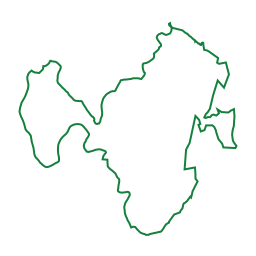 Pungarabato, Guerrero, Mexico, rotated 2°
{"feature_id": "50627088B37947281282101", "entity_name": "Pungarabato", "entity_type": "district", "adm_level": 2, "iso_a3": "MEX", "parent_name": "Mexico", "parent_adm1": "Guerrero", "projection": "natural_earth1", "projection_center": [-100.628, 18.344], "detail": "fine", "context": "isolated", "style": "outline", "palette": "green", "viewbox_px": 256, "rotation_deg": 2, "n_neighbors": 0, "source": "geoboundaries", "source_scale": "gbopen_adm2", "svg_char_len": 5755}
<svg xmlns="http://www.w3.org/2000/svg" viewBox="0 0 256 256"><g transform="rotate(2 128 128)"><path d="M172.3,221.1L172.3,220.1L177.1,212.9L182.9,210.5L183.3,209.1L185.3,206.2L185.9,202.6L186.1,202.3L186.4,201.4L187.8,200.6L189.6,198.9L192.7,194.4L193.5,195.2L194.4,191.0L194.7,189.1L199.4,178.9L197.2,176.3L197.0,171.4L196.3,165.1L186.0,167.4L186.8,147.6L190.1,140.8L195.0,113.6L198.8,117.4L200.1,121.5L198.3,122.4L200.9,128.9L204.5,127.4L206.0,122.7L212.2,122.4L214.2,124.0L215.8,127.1L216.3,129.1L218.8,136.0L220.5,137.9L222.6,140.3L224.0,144.1L236.0,144.3L237.0,142.2L234.3,138.7L233.9,138.1L233.4,137.0L233.1,136.1L232.3,131.1L232.6,126.9L233.7,122.2L234.0,112.5L233.2,105.4L229.6,107.4L228.4,108.6L227.4,109.0L221.0,108.8L216.8,106.3L218.4,110.1L215.8,112.5L213.1,111.6L211.3,112.2L209.7,114.3L207.4,114.3L205.4,115.3L203.9,114.8L205.3,111.4L207.1,109.5L209.2,105.9L212.0,92.0L216.0,77.4L222.5,84.3L227.0,70.9L223.5,59.1L216.7,60.7L214.8,59.6L215.6,54.9L206.6,49.0L205.5,48.3L204.2,47.7L203.4,47.6L201.4,47.2L200.4,42.4L200.3,41.7L200.4,40.6L200.0,40.1L199.5,40.1L198.9,40.3L198.3,41.5L198.3,42.1L198.1,42.5L197.8,42.5L196.9,42.0L196.4,41.2L195.2,41.1L194.9,40.9L194.7,40.5L193.4,39.4L193.0,39.3L193.0,39.2L192.5,38.7L192.5,38.9L192.1,39.3L191.8,38.1L190.3,37.1L187.7,34.8L186.0,33.7L184.0,31.7L183.4,31.6L181.7,30.6L179.0,28.5L168.6,26.3L166.6,23.4L166.4,21.8L165.3,22.4L165.5,23.6L165.8,24.1L166.4,24.6L167.5,25.5L168.0,26.2L168.1,27.1L168.0,29.3L167.2,31.2L166.8,31.9L166.4,32.2L165.7,32.5L164.0,33.3L162.9,33.6L162.0,33.5L160.6,32.8L159.6,32.3L158.7,32.0L158.2,32.0L157.8,32.1L157.2,32.6L155.5,33.3L154.7,34.0L154.2,34.7L153.7,35.7L153.6,36.7L154.0,37.6L154.7,39.0L155.7,40.2L156.6,41.5L157.6,42.6L158.0,43.2L158.1,44.1L158.0,45.1L157.6,45.5L156.9,45.7L156.5,46.2L156.2,46.8L156.1,47.8L155.7,48.4L154.9,49.4L153.8,50.5L152.0,52.0L151.3,52.7L151.3,53.3L151.6,53.8L151.5,55.4L151.5,56.0L151.4,56.6L150.9,57.7L147.8,60.2L146.6,61.1L144.0,62.4L141.2,63.0L140.9,63.3L140.5,64.2L140.6,66.9L140.9,68.5L141.8,71.3L142.9,72.3L142.8,73.8L142.1,75.3L141.7,75.8L141.2,76.4L139.7,78.5L138.8,78.5L136.9,78.0L135.3,78.0L132.7,78.1L131.5,78.1L129.5,78.8L128.4,79.0L127.2,79.2L124.0,79.7L122.6,79.7L121.6,80.0L119.1,80.6L118.8,81.3L118.3,82.6L117.6,83.7L116.8,85.3L115.5,88.0L114.7,89.5L114.4,90.5L113.9,91.2L113.4,91.6L112.5,91.7L111.1,91.8L109.5,92.3L106.1,94.5L104.9,95.6L103.1,98.0L102.2,99.6L101.8,101.1L101.2,103.1L100.7,106.1L100.8,107.8L101.1,109.4L101.2,111.0L101.6,112.7L101.7,115.0L101.6,116.4L101.3,117.5L100.7,118.9L100.2,120.8L100.1,122.1L99.8,122.9L98.9,124.5L98.6,124.5L98.3,124.4L97.7,124.8L97.1,125.0L96.4,125.0L95.9,124.8L95.3,124.5L94.9,123.9L94.4,123.1L93.7,121.5L94.0,121.1L94.1,120.6L94.0,120.1L93.8,119.6L93.5,119.2L93.1,118.6L92.9,118.3L92.7,118.2L92.1,118.0L91.3,117.4L90.5,116.6L89.6,115.5L88.5,114.0L86.8,112.0L86.2,111.2L85.3,109.7L82.1,105.1L81.6,103.9L81.1,103.2L80.5,102.8L79.9,102.7L78.9,102.9L77.7,102.7L76.1,102.7L74.7,102.6L74.0,102.4L72.9,101.8L71.1,99.9L68.5,97.6L67.8,96.8L67.3,95.9L66.8,94.9L66.2,94.4L64.5,93.2L63.7,92.2L62.2,90.9L61.0,89.9L59.2,88.1L57.9,86.8L57.1,86.2L56.4,85.2L56.0,84.2L55.7,82.8L55.8,82.0L56.0,81.1L55.9,78.7L56.1,77.3L56.4,76.1L56.9,74.5L57.8,72.9L58.4,71.2L58.7,69.7L58.6,68.7L57.6,67.6L56.2,66.3L55.1,65.4L53.9,64.6L52.2,64.2L49.5,64.0L48.4,63.5L47.6,63.9L47.5,64.3L47.3,65.2L46.8,66.0L45.8,67.1L43.7,68.7L42.2,69.2L41.2,69.1L41.0,71.9L40.5,72.8L37.3,76.1L32.6,75.7L32.3,75.4L31.8,75.4L29.6,74.0L27.5,76.0L26.4,77.6L25.6,80.4L25.7,82.7L26.9,87.7L27.0,90.1L26.5,92.8L25.1,97.2L24.2,99.7L23.4,101.5L20.8,106.3L19.6,111.0L19.3,112.7L19.0,115.0L19.3,116.6L19.9,118.3L21.0,120.9L21.7,122.2L22.8,124.3L24.0,127.4L24.7,129.6L25.6,132.8L27.1,134.8L29.1,136.4L31.1,139.1L32.3,145.1L33.9,150.1L34.2,151.0L34.5,152.4L34.7,154.0L35.0,155.1L35.1,156.2L35.5,158.0L36.2,159.6L37.1,160.9L38.2,161.9L40.1,163.9L41.2,165.5L42.9,166.9L44.4,168.2L45.7,169.1L46.9,169.7L48.1,169.9L49.4,169.7L50.3,169.4L53.2,168.0L54.8,167.0L56.4,165.9L58.6,164.8L59.2,164.3L59.7,163.9L60.1,163.4L60.1,162.7L60.2,162.4L60.0,159.5L59.5,157.8L58.9,154.4L58.7,151.5L58.8,149.2L58.9,147.5L59.3,145.9L60.8,142.3L61.9,140.6L63.1,139.1L65.5,136.8L66.3,136.0L67.1,135.0L67.9,133.7L69.3,130.2L70.1,128.8L71.1,128.0L72.5,127.1L74.1,126.4L75.9,126.0L77.3,125.8L79.1,125.9L80.3,126.1L81.5,126.5L82.5,127.2L83.6,128.2L85.3,130.1L87.2,132.3L88.8,134.5L89.2,135.2L89.3,136.1L88.4,138.4L87.3,139.9L86.5,141.6L85.7,143.8L85.2,144.1L84.5,146.6L84.6,148.2L85.1,149.8L87.5,153.0L87.9,152.9L89.2,153.4L90.2,153.0L92.3,152.5L94.8,151.6L96.1,151.0L96.9,150.8L98.1,150.6L99.3,150.3L100.5,150.3L101.6,150.5L102.5,150.7L103.4,151.1L105.6,151.7L106.2,152.0L106.7,152.7L106.8,153.4L104.9,156.0L104.3,157.1L103.7,160.2L108.5,160.4L109.0,166.4L109.2,167.1L109.6,167.7L110.1,168.3L110.6,168.8L111.9,169.9L112.7,170.4L114.2,171.5L115.3,172.5L116.2,173.1L116.8,173.6L117.1,174.1L117.8,175.3L118.9,177.5L119.6,178.3L120.7,179.2L120.9,179.7L121.1,180.3L121.1,181.7L121.0,182.9L120.5,186.0L120.4,188.3L120.1,189.9L120.2,190.9L120.3,191.5L120.6,191.7L120.8,192.0L122.2,192.6L123.5,192.8L124.6,192.8L125.7,192.6L128.1,192.2L129.4,191.8L130.8,192.0L131.6,192.7L132.0,193.6L132.0,195.3L131.3,196.6L130.6,198.3L129.6,200.1L128.4,202.2L127.9,203.1L127.5,204.7L127.2,206.1L127.0,207.0L127.1,208.2L127.4,209.5L127.8,212.5L128.2,214.2L128.6,215.3L128.9,215.9L129.0,216.3L130.1,218.3L130.6,219.7L131.4,221.1L132.6,222.9L134.6,227.3L136.6,226.5L138.7,226.7L140.7,229.0L144.0,232.1L146.9,233.2L148.0,233.3L148.9,233.7L149.7,234.2L152.3,234.0L153.2,233.4L154.4,233.0L156.4,232.5L157.0,232.3L159.5,231.7L162.3,230.9L164.6,230.4L165.2,229.7L165.8,228.8L166.7,227.6L167.5,226.0L168.5,224.3L169.6,222.8L171.2,221.7L172.3,221.1Z" fill="none" stroke="#15803d" stroke-width="2"/></g></svg>